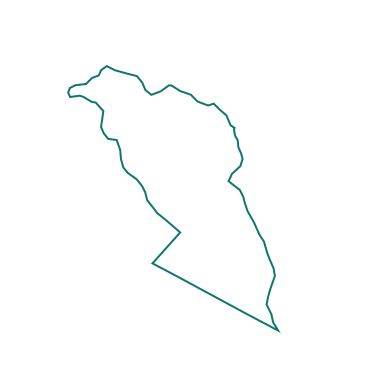 Mathikoloni, Limassol, Cyprus (Albers equal-area conic projection), rotated 136°
{"feature_id": "46923920B8484805668127", "entity_name": "Mathikoloni", "entity_type": "district", "adm_level": 2, "iso_a3": "CYP", "parent_name": "Cyprus", "parent_adm1": "Limassol", "projection": "albers", "projection_center": [33.058, 34.784], "detail": "fine", "context": "isolated", "style": "outline", "palette": "teal", "viewbox_px": 384, "rotation_deg": 136, "n_neighbors": 0, "source": "geoboundaries", "source_scale": "gbopen_adm2", "svg_char_len": 1138}
<svg xmlns="http://www.w3.org/2000/svg" viewBox="0 0 384 384"><g transform="rotate(136 192 192)"><path d="M226.3,32.4L224.2,41.8L219.9,48.8L216.5,59.3L209.8,63.9L202.7,68.0L190.7,74.0L186.3,80.5L183.1,89.1L180.2,96.0L174.7,106.3L173.2,114.3L168.4,127.5L165.3,139.7L161.6,147.5L158.6,152.7L156.2,160.2L157.2,167.0L158.2,174.3L150.7,177.3L139.3,177.0L132.7,180.6L129.8,185.8L127.7,191.8L123.1,197.6L121.9,202.6L118.1,208.2L116.9,208.5L117.9,213.2L114.0,223.3L114.8,231.1L115.0,240.4L120.4,243.1L125.2,253.4L125.2,262.7L130.3,272.7L132.8,283.0L134.5,284.7L144.7,286.2L153.7,290.1L154.7,297.7L151.8,305.3L151.1,313.6L156.4,322.2L160.9,329.8L162.8,333.0L165.9,341.8L172.8,342.8L178.1,340.6L183.2,342.8L184.7,343.5L193.2,343.3L201.8,349.9L207.6,351.6L212.0,349.6L213.7,345.0L205.9,339.3L204.0,335.7L201.5,326.4L199.1,323.2L199.6,311.7L205.7,307.0L212.3,301.9L214.7,295.5L215.4,288.4L210.1,281.8L214.4,272.2L220.3,264.9L224.4,257.3L224.9,250.0L223.0,239.9L223.7,231.3L225.9,224.2L230.0,217.1L231.0,206.4L231.7,200.7L230.5,192.2L228.6,171.1L270.0,168.1L262.1,144.0L238.1,68.5L226.3,32.4Z" fill="none" stroke="#0f766e" stroke-width="2"/></g></svg>